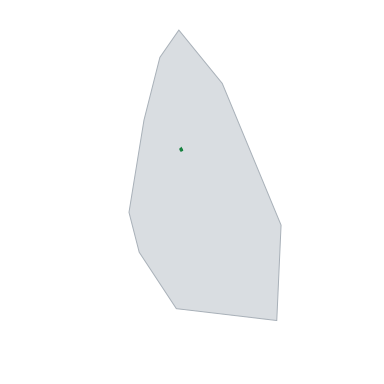 location of Morne Rouge/Marc, Castries, Saint Lucia, rotated 335°
{"feature_id": "8701671B11332589204327", "entity_name": "Morne Rouge/Marc", "entity_type": "district", "adm_level": 2, "iso_a3": "LCA", "parent_name": "Saint Lucia", "parent_adm1": "Castries", "projection": "orthographic", "projection_center": [-60.97, 13.959], "detail": "fine", "context": "in_parent", "style": "filled", "palette": "green", "viewbox_px": 384, "rotation_deg": 335, "n_neighbors": 0, "source": "geoboundaries", "source_scale": "gbopen_adm2", "svg_char_len": 555}
<svg xmlns="http://www.w3.org/2000/svg" viewBox="0 0 384 384"><g transform="rotate(335 192 192)"><path d="M258.7,259.7L214.5,344.3L128.5,291.1L118.7,224.3L126.3,183.8L178.9,106.5L219.8,56.4L248.5,39.7L265.3,106.4L258.7,259.7Z" fill="#d9dde1" stroke="#a8b0b8" stroke-width="1"/><path d="M200.9,150.2L201.1,149.3L201.0,148.4L200.9,147.8L200.9,147.6L200.7,147.7L200.4,147.7L200.4,147.8L200.1,148.0L199.9,148.0L199.8,147.9L199.6,147.8L199.4,148.0L199.1,148.7L199.4,149.3L199.4,150.2L200.9,150.2Z" fill="#22c55e" stroke="#15803d" stroke-width="1.5"/></g></svg>